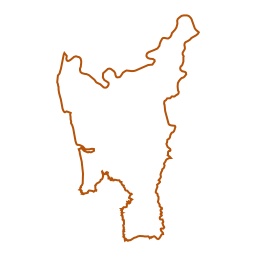 outline of Francisco Pizarro (Salahonda), Nariño, Colombia
{"feature_id": "7082276B21872376500424", "entity_name": "Francisco Pizarro (Salahonda)", "entity_type": "district", "adm_level": 2, "iso_a3": "COL", "parent_name": "Colombia", "parent_adm1": "Nariño", "projection": "orthographic", "projection_center": [-78.58, 2.086], "detail": "fine", "context": "isolated", "style": "outline", "palette": "amber", "viewbox_px": 256, "rotation_deg": 0, "n_neighbors": 0, "source": "geoboundaries", "source_scale": "gbopen_adm2", "svg_char_len": 5850}
<svg xmlns="http://www.w3.org/2000/svg" viewBox="0 0 256 256"><path d="M170.9,158.0L169.5,156.5L167.7,155.3L168.0,154.7L168.1,151.9L168.6,151.2L169.4,150.9L169.9,151.0L170.4,150.5L170.4,149.7L170.2,149.0L167.6,146.9L166.4,143.9L167.0,142.6L167.4,139.7L168.8,138.9L169.9,137.6L170.4,135.0L171.2,133.5L171.8,132.7L173.1,132.2L174.1,131.0L174.8,129.0L174.9,128.2L175.3,127.5L175.3,126.6L174.8,125.8L171.1,125.4L169.4,124.8L168.6,123.8L165.2,111.1L164.5,104.6L164.1,103.9L164.3,101.6L164.7,100.9L165.8,100.3L167.2,98.4L170.3,98.2L171.7,96.5L172.2,96.4L173.9,96.6L174.6,96.4L176.8,94.7L177.4,94.6L178.3,93.7L178.6,93.0L178.7,91.7L178.0,90.4L177.6,86.4L177.9,83.0L179.1,80.8L180.0,79.7L181.5,78.1L182.9,77.7L184.3,76.8L186.2,74.4L185.9,72.6L184.7,71.8L182.1,71.2L180.5,69.8L180.3,69.0L180.2,68.0L180.7,66.5L182.0,65.4L182.4,64.6L183.4,61.5L183.4,57.2L183.7,56.3L182.7,54.5L182.6,53.2L182.8,52.4L184.6,49.4L184.9,48.5L184.8,46.8L184.4,45.2L184.6,43.6L185.1,42.6L185.7,42.1L188.1,40.9L189.9,39.7L191.4,38.0L196.3,35.2L197.9,33.8L198.8,32.3L196.1,30.0L194.8,28.4L191.6,19.4L191.2,18.5L189.8,16.9L188.6,15.9L186.9,15.4L183.7,15.4L181.5,15.9L178.9,17.9L177.8,19.0L177.2,20.5L177.4,23.8L176.4,27.5L175.0,29.7L171.9,33.1L171.4,35.0L170.3,37.0L168.5,38.4L167.3,38.5L164.5,37.9L163.0,38.0L162.1,38.8L160.6,41.6L159.7,44.2L159.4,45.9L157.4,48.5L154.2,50.0L148.6,52.2L147.0,53.5L146.5,55.0L146.5,56.2L147.2,57.4L148.3,58.2L149.9,58.7L152.9,59.0L154.5,60.0L154.7,61.3L152.4,64.6L148.2,65.0L135.7,70.5L133.8,71.0L131.6,71.1L126.7,70.5L125.6,70.9L122.9,72.7L121.0,75.7L119.7,77.1L117.4,77.4L116.4,77.1L115.4,74.9L115.3,73.5L114.2,71.5L111.1,69.1L109.7,68.6L107.9,68.9L103.1,73.3L103.0,74.8L102.9,77.5L104.3,80.0L108.4,82.6L108.6,83.2L108.6,84.6L107.8,86.2L107.0,87.1L106.1,87.6L105.0,87.7L103.7,87.4L100.3,84.3L97.1,82.8L96.2,82.2L94.4,79.7L88.9,75.1L86.2,74.0L85.2,74.0L82.1,73.2L80.6,72.1L80.0,70.3L80.0,68.6L80.7,67.0L81.2,63.0L81.2,61.0L80.6,58.6L79.4,57.3L76.0,56.3L74.0,56.9L70.7,59.7L69.3,60.6L67.9,61.0L66.8,60.4L66.3,58.8L66.8,56.0L64.4,53.0L63.7,54.7L61.0,68.4L59.5,73.6L57.9,75.5L57.2,82.2L57.9,84.1L58.1,85.7L58.5,86.6L58.6,90.1L59.2,93.5L60.9,99.6L62.6,108.9L63.7,111.3L64.6,112.2L65.1,112.2L66.7,111.4L70.7,112.9L70.2,114.5L70.6,117.2L70.6,119.3L71.2,121.8L71.0,123.1L72.2,125.2L73.2,128.3L75.5,141.1L76.4,143.9L77.4,144.9L78.9,144.9L80.6,145.4L82.9,146.6L85.3,149.3L89.3,149.3L91.8,148.8L93.9,149.0L94.0,150.8L91.4,152.2L90.6,152.3L89.3,152.0L88.4,152.1L88.0,152.4L84.3,151.0L82.5,149.3L82.3,147.5L82.0,147.3L81.4,147.4L80.7,148.5L78.7,149.2L79.7,151.8L79.8,153.3L81.7,161.5L83.0,173.6L82.7,183.4L82.0,185.1L80.8,186.4L81.0,187.4L80.2,188.0L80.4,189.1L79.6,189.7L81.0,190.2L81.1,191.2L81.6,191.1L81.6,191.4L81.0,191.8L81.2,192.3L81.8,192.2L82.4,192.8L82.0,193.7L82.9,193.6L82.9,194.1L83.4,194.2L85.0,193.3L86.8,193.1L87.9,192.6L87.8,191.8L89.1,190.5L92.0,190.9L93.0,191.2L93.5,191.7L93.9,191.6L94.9,190.6L96.2,190.7L96.3,190.1L95.5,189.7L95.5,189.4L95.2,185.5L95.8,185.2L95.9,184.6L97.1,183.3L98.8,182.5L100.1,181.4L100.6,180.5L100.7,179.8L102.0,179.2L102.4,178.6L103.0,176.6L103.1,174.9L102.0,171.7L102.2,171.4L103.2,173.2L104.7,174.2L105.2,174.0L105.5,173.5L106.0,172.4L105.9,171.8L106.2,172.2L106.8,172.1L107.0,173.8L107.7,173.4L107.5,174.3L108.6,176.8L108.5,178.0L109.1,177.8L109.0,178.5L110.7,178.4L110.4,179.5L110.6,180.1L111.2,180.2L111.8,179.8L112.1,178.6L112.6,179.2L113.1,180.4L113.8,180.4L114.7,179.7L117.6,180.3L119.4,180.3L120.2,181.9L121.5,182.0L121.4,183.4L122.3,184.9L123.8,185.6L123.5,186.6L124.8,188.2L125.0,189.6L125.9,190.5L127.3,190.7L128.6,192.3L130.8,194.2L131.4,193.8L131.7,194.1L130.6,194.9L129.9,195.8L129.5,197.4L128.3,197.7L129.9,198.1L130.7,199.3L131.2,199.4L131.6,199.1L132.1,199.5L131.0,200.2L130.3,201.5L129.1,201.3L130.3,202.2L130.0,202.6L129.6,202.3L129.8,202.9L129.4,203.0L129.1,203.4L128.9,203.3L129.2,202.7L128.6,202.4L128.7,202.0L128.4,202.1L128.3,201.8L127.9,202.3L127.3,202.1L127.7,203.6L126.7,204.1L126.9,205.5L126.7,206.8L125.2,207.3L123.8,207.2L122.8,208.1L122.9,208.8L122.6,209.1L122.1,209.0L122.0,209.4L121.8,209.0L121.4,209.0L121.7,209.3L121.4,209.8L121.9,209.8L122.1,211.1L121.9,212.4L121.6,212.2L121.5,212.6L122.2,212.8L121.9,212.9L122.0,214.3L121.7,214.8L122.1,214.8L122.1,215.6L122.6,216.0L122.4,216.6L122.7,216.7L122.8,217.5L122.6,219.6L123.2,219.9L123.3,220.2L123.7,220.0L123.9,220.5L124.0,224.1L123.2,225.2L123.6,226.2L123.4,226.9L123.9,227.6L123.7,228.8L124.0,229.2L123.5,229.5L123.5,229.8L123.9,230.5L123.4,231.0L124.0,231.4L123.4,231.9L123.4,234.7L123.9,234.9L123.6,235.2L123.9,235.9L123.5,236.5L124.0,236.8L123.8,237.2L124.4,237.5L124.7,238.6L125.1,238.8L124.7,239.2L124.9,240.1L125.2,239.7L125.6,239.7L125.7,240.1L126.0,239.9L126.8,240.2L126.8,239.8L127.6,240.6L128.1,240.3L128.4,240.6L129.8,240.1L130.6,240.1L134.0,237.9L136.6,237.1L137.5,236.5L139.8,236.0L143.3,236.2L144.9,236.5L148.3,236.4L149.1,237.1L149.7,238.2L151.0,237.1L151.4,237.6L153.3,236.5L154.4,236.3L155.6,237.2L156.9,238.6L158.1,239.1L158.8,238.8L159.9,237.5L161.4,234.9L162.1,234.2L163.1,234.1L162.9,232.8L161.1,230.7L160.7,229.3L160.8,228.8L161.3,228.5L163.3,228.6L164.2,227.5L164.0,226.6L163.3,225.7L162.4,223.1L163.0,222.6L163.3,221.8L162.5,219.5L160.3,219.4L160.0,219.0L159.7,218.0L160.2,216.7L161.8,215.5L161.6,215.0L160.6,214.1L160.7,213.7L161.6,213.2L161.9,212.6L161.8,212.3L160.9,211.7L160.5,210.2L160.8,209.5L161.8,209.2L162.0,208.2L161.6,207.7L160.7,207.4L159.5,205.9L159.7,205.2L159.6,204.5L157.9,201.8L158.5,199.5L158.5,196.9L157.6,195.6L157.5,194.0L155.8,192.5L155.7,192.0L156.3,189.7L157.4,186.9L157.1,184.7L159.0,183.2L160.0,182.0L159.9,181.4L158.6,180.2L159.1,179.5L160.1,178.6L160.9,176.9L160.5,174.4L161.4,171.8L162.1,170.7L162.2,169.3L163.6,168.2L164.1,167.2L164.6,165.4L164.0,164.1L164.1,163.4L165.4,161.5L166.0,160.1L167.2,159.0L169.3,158.1L170.9,158.0Z" fill="none" stroke="#b45309" stroke-width="2"/></svg>